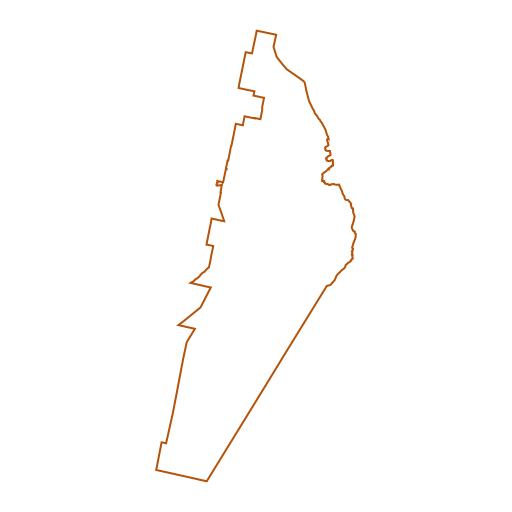 Marcos Juárez, Córdoba, Argentina (Natural Earth projection)
{"feature_id": "61730980B3825468035519", "entity_name": "Marcos Juárez", "entity_type": "district", "adm_level": 2, "iso_a3": "ARG", "parent_name": "Argentina", "parent_adm1": "Córdoba", "projection": "natural_earth1", "projection_center": [-62.056, -32.995], "detail": "fine", "context": "isolated", "style": "outline", "palette": "amber", "viewbox_px": 512, "rotation_deg": 0, "n_neighbors": 0, "source": "geoboundaries", "source_scale": "gbopen_adm2", "svg_char_len": 5815}
<svg xmlns="http://www.w3.org/2000/svg" viewBox="0 0 512 512"><path d="M256.7,30.7L256.0,34.5L252.0,53.4L245.7,52.2L239.3,83.8L238.6,88.0L247.4,89.9L254.4,91.3L253.5,95.6L260.9,97.2L264.0,97.8L262.2,107.1L262.2,110.1L260.4,119.2L254.8,118.0L254.8,118.4L244.6,116.3L242.8,125.3L235.8,123.8L234.0,133.2L231.5,145.5L231.1,145.7L228.2,160.6L227.6,160.5L225.9,168.7L226.6,168.9L226.6,169.2L225.9,169.1L223.1,182.3L217.3,181.0L217.3,181.9L217.5,182.3L217.2,182.3L216.9,182.9L216.7,183.7L216.7,184.2L216.4,184.9L216.5,185.3L216.9,185.6L217.3,185.7L218.6,185.3L219.2,185.4L219.7,185.3L220.2,185.4L220.6,185.2L221.2,185.1L221.7,184.7L221.9,184.6L220.5,192.5L220.9,192.6L218.5,204.9L221.6,213.5L224.2,221.2L221.8,220.8L211.6,218.5L210.7,223.8L209.4,229.9L208.5,234.5L206.5,244.6L208.2,244.9L213.2,246.0L213.0,247.4L211.6,253.8L210.4,260.5L208.9,267.6L208.1,267.9L207.4,268.5L206.2,269.7L205.1,271.1L204.2,272.0L203.3,272.4L202.6,272.7L202.3,272.9L201.8,273.7L200.7,274.5L200.3,275.3L199.9,275.8L199.4,276.5L198.3,277.4L197.2,278.2L196.9,278.5L196.7,278.5L196.4,278.8L195.2,279.5L195.0,279.9L194.5,280.2L194.3,280.6L193.8,280.9L193.0,281.7L191.8,282.2L190.6,282.9L205.2,286.3L210.8,287.5L206.9,295.0L200.7,307.1L200.4,307.5L192.2,314.2L181.3,323.0L178.4,325.1L188.1,327.3L194.9,328.8L188.3,339.6L187.4,341.1L186.7,342.4L186.1,345.1L183.2,358.7L175.7,398.4L175.6,398.7L174.5,404.5L172.9,412.9L166.1,443.3L161.6,442.3L156.2,470.0L182.8,475.9L206.7,481.3L258.8,396.6L287.6,349.5L326.9,285.8L328.6,285.4L329.1,285.4L330.0,285.1L331.4,284.0L332.2,282.8L333.0,282.2L333.8,281.1L334.2,280.8L334.5,280.4L335.5,278.3L335.8,277.5L336.2,276.4L337.0,275.1L338.3,273.6L340.2,271.9L340.6,271.3L341.9,270.0L342.4,269.6L342.9,269.4L344.3,268.2L344.7,267.7L345.3,266.7L345.4,265.8L345.8,264.9L347.9,263.1L348.3,262.7L349.6,262.1L350.3,261.2L350.6,261.0L350.8,260.9L351.3,260.6L351.3,259.8L351.7,259.1L352.0,258.9L352.4,258.8L352.6,258.8L352.8,258.3L352.6,257.5L352.3,256.4L352.3,255.9L352.5,255.7L352.6,255.2L352.0,255.1L351.9,255.0L351.8,254.7L351.8,254.4L352.2,253.9L352.3,253.6L352.3,253.1L352.2,252.7L352.3,252.2L351.9,251.6L351.8,251.3L352.0,251.1L352.5,250.9L352.8,250.5L352.8,249.9L352.6,249.4L353.0,248.7L352.5,248.1L352.2,247.8L352.1,247.4L352.3,246.9L352.5,246.6L352.7,245.7L352.9,245.1L353.2,243.8L353.5,243.2L353.5,242.7L354.1,241.8L354.2,241.3L354.4,240.9L354.5,240.4L354.9,239.5L355.3,238.1L355.6,237.3L355.7,236.5L355.6,235.9L355.7,235.5L355.6,235.0L355.6,234.5L355.6,234.1L355.8,233.9L355.7,233.7L355.3,233.3L354.7,232.6L354.6,232.0L354.7,231.5L354.4,231.3L354.1,231.5L353.6,231.2L353.1,230.8L353.0,230.5L352.5,229.5L352.1,228.5L351.9,228.2L351.7,227.1L352.3,225.3L352.3,225.2L352.6,224.8L352.4,224.6L352.5,224.3L352.9,223.8L353.1,223.0L353.4,222.2L353.5,221.8L353.4,221.6L353.7,221.2L354.1,219.4L354.2,218.6L354.6,217.2L354.6,216.7L354.3,216.3L354.4,215.6L354.0,214.6L353.6,213.5L353.3,213.0L353.2,212.6L353.1,211.4L353.3,210.7L353.2,210.5L353.0,210.2L352.9,209.5L353.0,209.1L353.1,208.8L353.0,208.4L352.8,208.3L352.3,208.3L351.9,208.2L351.6,207.3L351.2,206.4L351.2,206.0L351.3,205.8L351.2,205.5L350.8,205.1L350.8,204.4L351.1,203.7L350.0,202.2L349.6,201.9L348.5,200.5L348.3,200.2L348.2,200.1L347.8,200.1L345.8,199.8L345.4,199.5L345.0,199.1L344.6,198.3L344.5,197.7L344.6,196.9L344.3,196.4L344.0,195.8L343.6,195.4L342.6,193.4L341.9,190.9L340.9,189.1L340.1,187.2L339.8,186.4L339.4,185.7L339.1,184.6L338.5,184.7L338.3,184.8L337.0,184.8L335.1,184.6L334.0,184.1L333.4,184.0L332.8,184.2L332.5,184.1L331.8,184.3L331.4,184.3L330.6,184.5L330.4,184.9L330.2,184.9L330.0,185.0L329.4,185.0L329.2,185.0L328.2,184.3L327.7,184.0L326.6,184.1L326.0,183.9L325.7,183.6L325.1,183.6L324.8,183.1L324.6,182.6L324.7,182.4L324.3,182.0L324.2,181.2L323.9,181.2L323.7,181.4L323.6,181.0L323.4,180.9L323.0,180.8L322.3,181.1L322.1,181.0L322.0,180.9L322.0,180.7L322.0,180.3L322.1,180.2L322.2,179.7L322.3,179.4L322.2,179.2L322.4,178.3L322.4,178.2L322.4,177.4L322.4,177.0L322.6,176.3L322.4,174.9L322.1,174.6L322.1,174.4L322.2,174.2L322.6,174.0L322.8,173.6L323.0,173.4L323.6,173.1L323.8,172.7L324.0,172.5L324.5,172.4L325.1,171.9L326.3,171.0L327.7,169.7L327.8,169.4L328.1,169.1L328.4,169.0L328.6,169.1L328.5,168.6L329.0,168.2L329.5,168.2L330.0,167.5L330.5,167.1L330.7,166.8L331.1,166.8L331.2,166.6L331.6,166.3L331.8,166.1L331.7,165.9L332.0,165.6L332.4,165.5L332.8,165.7L333.0,165.4L332.9,165.2L332.9,164.9L333.1,164.8L333.1,164.7L332.9,164.3L333.0,163.6L332.9,163.3L332.8,162.6L332.8,162.2L333.0,161.9L332.8,161.7L332.8,161.4L332.9,161.1L332.7,160.8L332.7,160.6L332.8,160.4L332.6,159.9L332.2,159.9L332.0,160.0L331.8,160.3L331.4,160.2L331.1,160.3L330.5,160.6L330.0,161.0L329.5,161.2L328.6,161.1L328.1,160.9L327.8,160.9L327.5,160.8L326.9,160.7L326.7,160.5L326.8,160.3L327.0,160.0L326.4,159.4L326.2,158.8L326.3,158.7L326.1,158.5L326.0,158.2L326.2,157.8L326.7,157.6L327.8,156.7L328.2,156.1L328.9,155.9L329.2,155.9L329.9,155.3L330.5,155.0L330.6,154.8L330.4,153.9L330.4,153.6L330.3,153.0L330.3,152.6L330.0,151.9L330.0,151.0L329.8,150.9L328.4,151.0L326.5,150.8L326.3,150.7L326.2,150.4L325.9,150.1L325.6,150.1L325.4,149.9L325.2,149.2L325.2,148.1L325.1,147.6L325.3,147.2L327.9,145.8L328.0,145.6L328.1,145.3L328.3,145.3L328.5,145.0L328.5,144.8L328.4,144.6L328.1,143.7L328.1,143.2L327.9,142.8L327.9,142.3L327.5,141.8L327.4,141.6L327.3,140.7L327.1,140.4L327.1,140.1L327.0,139.7L327.3,139.3L327.6,139.2L327.8,138.8L328.2,138.7L328.4,138.4L328.5,138.5L328.4,137.8L328.2,137.0L327.0,134.8L325.6,130.0L322.0,123.1L321.7,122.6L321.4,122.4L320.7,121.4L319.8,119.8L318.3,118.3L317.0,115.7L316.2,115.0L314.6,112.9L314.4,111.5L314.2,111.0L312.6,108.5L310.0,103.0L309.5,102.2L309.2,101.5L306.7,92.3L304.8,83.0L304.4,82.2L304.0,81.6L303.5,81.1L302.3,80.2L286.7,69.2L282.9,64.8L277.4,57.9L276.7,56.9L273.5,46.7L276.2,34.8L256.7,30.7Z" fill="none" stroke="#b45309" stroke-width="2"/></svg>